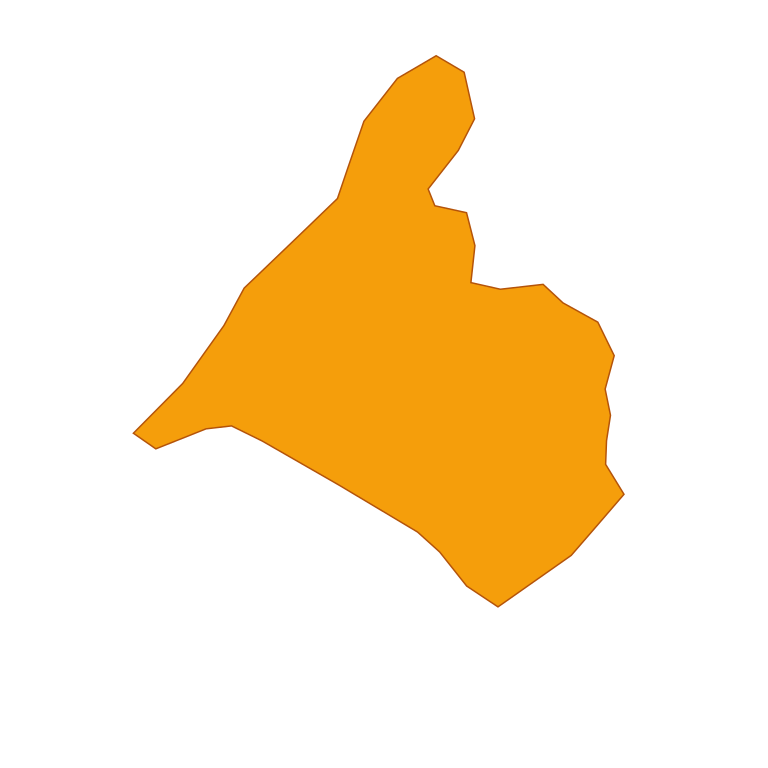 Ermera, Mercator projection, rotated 327°
{"feature_id": "TLS-549", "entity_name": "Ermera", "entity_type": "District", "adm_level": 1, "iso_a3": "TLS", "parent_name": "East Timor", "parent_adm1": "", "projection": "mercator", "projection_center": [125.395, -8.82], "detail": "fine", "context": "isolated", "style": "filled", "palette": "amber", "viewbox_px": 768, "rotation_deg": 327, "n_neighbors": 0, "source": "natural_earth", "source_scale": "10m", "svg_char_len": 675}
<svg xmlns="http://www.w3.org/2000/svg" viewBox="0 0 768 768"><g transform="rotate(327 384 384)"><path d="M561.7,135.0L599.9,136.8L606.5,137.1L621.0,166.2L604.4,210.9L573.5,228.6L527.2,244.5L523.7,262.2L546.5,285.3L535.6,317.5L512.1,346.3L533.2,367.9L571.7,387.1L578.3,413.5L590.1,435.7L597.0,448.6L592.5,485.6L566.7,508.7L556.9,533.6L539.7,552.8L526.1,572.1L525.2,607.2L482.7,619.6L447.7,629.7L358.2,633.0L343.3,598.5L339.2,555.2L331.5,526.4L291.1,444.1L250.8,365.5L233.3,336.1L210.4,324.7L157.3,314.1L147.0,288.8L215.5,273.9L281.6,247.8L319.0,227.4L388.4,214.2L446.0,203.1L471.5,183.0L510.3,152.7L561.7,135.0Z" fill="#f59e0b" stroke="#b45309" stroke-width="1.5"/></g></svg>